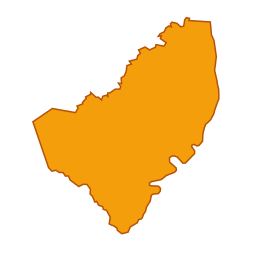 Inarajan, Guam (Mercator projection), rotated 355°
{"feature_id": "77769853B63444042999452", "entity_name": "Inarajan", "entity_type": "district", "adm_level": 2, "iso_a3": "GUM", "parent_name": "Guam", "parent_adm1": "", "projection": "mercator", "projection_center": [144.738, 13.293], "detail": "fine", "context": "isolated", "style": "filled", "palette": "amber", "viewbox_px": 256, "rotation_deg": 355, "n_neighbors": 0, "source": "geoboundaries", "source_scale": "gbopen_adm2", "svg_char_len": 1887}
<svg xmlns="http://www.w3.org/2000/svg" viewBox="0 0 256 256"><g transform="rotate(355 128 128)"><path d="M33.8,113.5L45.4,160.5L48.4,164.4L52.6,163.8L55.4,166.2L59.5,166.8L61.4,170.4L64.4,170.6L65.9,174.9L73.9,182.0L78.7,180.1L82.3,180.7L85.2,185.7L84.5,190.4L86.7,193.1L88.5,198.9L90.4,198.4L92.0,202.4L95.9,204.1L96.3,206.9L99.4,208.1L102.5,215.3L100.9,221.9L103.7,223.6L104.9,224.0L108.2,226.6L108.5,229.0L112.7,232.8L119.0,231.7L121.7,226.7L129.0,223.2L130.7,220.1L133.4,219.7L134.5,218.5L135.9,215.3L138.1,212.8L139.5,208.5L143.8,202.7L145.3,197.4L146.3,196.3L147.3,196.1L148.0,196.0L152.5,196.0L154.6,193.7L155.1,191.4L154.3,189.6L152.9,188.5L145.9,187.6L144.4,186.8L144.6,184.8L146.5,183.5L148.5,183.3L156.6,182.3L162.0,178.7L170.4,176.2L172.5,174.5L172.5,172.0L166.5,165.6L166.7,161.3L169.1,159.8L171.9,159.9L174.6,161.3L179.6,167.8L182.0,168.0L192.1,159.3L192.4,156.6L189.9,152.3L190.1,150.7L192.2,150.1L195.2,151.9L197.3,151.5L201.1,147.6L201.9,141.8L202.1,140.3L204.0,134.7L204.2,134.2L205.8,131.0L207.9,129.5L210.9,127.1L214.4,121.9L216.4,116.6L221.1,106.6L221.7,97.7L220.9,92.1L220.7,88.4L219.3,78.0L220.5,72.7L222.2,64.7L221.7,55.7L221.3,48.2L219.2,42.4L219.3,34.7L219.2,31.4L219.2,29.5L198.2,26.3L198.8,24.1L195.8,23.2L193.9,25.2L192.4,31.4L189.3,31.8L186.0,28.1L181.0,26.4L179.3,28.0L180.0,31.0L177.6,29.9L174.5,31.6L172.5,35.3L168.2,36.9L166.2,39.3L169.3,39.1L168.0,41.8L173.5,46.4L171.0,49.6L163.2,47.4L162.4,49.9L156.3,52.1L152.1,48.8L145.3,51.2L146.9,54.6L143.9,56.9L142.9,60.2L135.1,61.5L137.0,64.7L132.4,65.7L131.2,71.1L129.0,75.7L125.5,77.5L125.5,83.2L122.4,82.5L124.4,86.3L123.2,88.5L118.6,88.2L113.1,91.4L110.9,91.4L110.7,94.8L109.4,93.4L105.7,94.2L104.1,97.8L101.1,94.7L98.8,94.6L93.9,89.3L93.6,91.3L88.5,93.3L89.0,94.8L84.9,98.5L85.0,100.0L79.1,101.7L80.0,103.7L77.0,108.1L54.3,102.0L33.8,113.5Z" fill="#f59e0b" stroke="#b45309" stroke-width="1.5"/></g></svg>